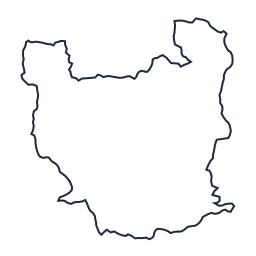 the district of Sorocaba, São Paulo, Brazil, rotated 181°
{"feature_id": "56859067B96974971144138", "entity_name": "Sorocaba", "entity_type": "district", "adm_level": 2, "iso_a3": "BRA", "parent_name": "Brazil", "parent_adm1": "São Paulo", "projection": "robinson", "projection_center": [-47.447, -23.47], "detail": "fine", "context": "isolated", "style": "outline", "palette": "slate", "viewbox_px": 256, "rotation_deg": 181, "n_neighbors": 0, "source": "geoboundaries", "source_scale": "gbopen_adm2", "svg_char_len": 3226}
<svg xmlns="http://www.w3.org/2000/svg" viewBox="0 0 256 256"><g transform="rotate(181 128 128)"><path d="M224.5,120.3L221.5,118.8L220.3,115.2L220.2,110.8L219.0,104.9L217.4,100.6L215.4,97.7L212.0,96.6L209.4,97.3L206.7,97.1L203.8,93.5L200.1,91.3L197.8,89.2L196.3,86.5L195.5,83.1L193.0,81.2L189.9,79.0L186.9,75.7L185.2,73.2L184.0,70.8L182.8,67.6L183.2,64.8L185.2,62.5L188.5,60.4L191.7,58.8L195.1,57.4L196.4,54.0L193.2,54.4L189.9,54.0L186.5,51.7L183.2,51.2L181.2,52.5L178.3,53.1L175.8,53.1L172.5,53.8L169.6,55.3L167.8,52.2L166.2,48.0L164.4,44.7L161.5,42.3L159.4,39.1L159.1,36.1L158.3,33.4L158.1,30.1L157.0,27.6L155.3,23.4L152.8,20.8L150.5,23.2L147.5,25.9L143.5,23.3L139.9,24.3L137.1,22.7L134.7,21.5L131.7,20.6L128.2,20.0L126.2,21.7L122.1,20.0L119.1,17.8L115.4,18.2L112.1,18.1L107.9,18.7L104.8,17.2L102.5,18.2L100.6,20.0L99.9,23.7L98.5,26.3L96.6,27.7L93.7,27.6L89.8,26.9L86.5,25.7L83.5,23.7L80.1,24.9L76.7,25.3L73.5,25.3L70.7,26.7L66.4,30.3L62.6,31.0L58.4,31.7L55.0,34.5L53.1,37.2L51.7,40.3L48.9,41.9L46.4,43.3L43.1,44.6L39.6,43.7L35.6,44.5L32.3,47.1L29.4,48.1L26.7,46.4L23.9,46.0L22.3,48.9L20.5,51.6L22.7,54.3L26.2,54.1L29.2,53.7L31.4,52.6L33.9,51.8L36.3,52.1L40.1,54.4L37.3,54.9L35.0,56.9L35.3,60.7L39.1,61.7L42.4,62.5L40.6,66.3L37.4,69.5L39.7,70.5L42.8,71.7L44.0,76.1L43.5,80.9L44.5,84.3L45.9,86.8L48.9,87.6L47.3,91.9L45.0,96.5L42.5,99.4L42.6,102.3L41.6,107.1L40.6,113.0L39.2,117.8L27.6,119.7L26.0,122.8L25.1,126.9L26.2,131.9L27.8,135.1L29.9,136.8L32.5,140.2L34.8,144.2L33.9,147.6L34.1,151.3L36.3,154.7L36.2,158.2L37.1,162.5L35.7,166.4L35.1,169.8L34.1,174.8L33.0,178.9L33.0,182.7L31.0,187.5L28.9,189.4L26.8,190.9L24.8,194.1L24.6,198.6L25.2,202.6L26.7,205.6L29.6,207.6L31.9,211.8L33.2,215.3L33.2,219.4L31.1,224.1L34.1,226.5L36.8,225.0L40.1,226.1L42.5,227.8L45.1,229.4L47.7,231.7L49.6,235.2L52.1,236.6L54.5,237.5L58.5,238.0L61.8,238.8L63.7,236.8L65.5,234.6L68.8,234.6L71.1,235.4L74.3,236.1L78.1,236.4L80.7,236.1L83.4,235.7L82.7,230.7L83.0,227.6L83.2,223.9L83.9,220.8L83.4,216.4L82.5,212.4L79.3,210.7L76.5,209.5L75.8,206.7L75.8,203.3L74.2,200.7L71.1,199.6L68.8,196.9L66.3,195.3L70.0,193.2L73.0,192.1L76.3,190.3L78.7,193.2L82.6,193.5L86.0,193.7L87.8,195.6L90.4,198.6L94.6,201.5L97.7,200.1L99.8,198.6L102.3,198.3L104.5,197.0L104.7,193.8L105.6,190.5L107.8,186.6L110.2,184.3L115.1,185.4L117.6,184.6L119.5,182.4L120.6,179.2L122.5,177.2L124.6,178.5L127.5,179.9L131.1,179.3L133.5,178.4L137.3,178.0L142.3,178.7L145.7,179.3L149.4,179.6L153.6,178.4L156.1,180.0L159.2,180.8L161.5,178.0L164.7,177.6L170.5,177.0L174.6,176.7L178.4,174.5L181.0,177.1L184.8,177.6L186.1,180.7L186.5,183.4L188.0,185.3L186.2,188.2L185.0,191.4L187.9,192.7L188.5,195.6L187.7,199.2L191.4,202.4L190.6,206.2L192.3,210.1L192.5,213.7L196.7,213.9L198.8,213.0L202.1,212.1L204.0,209.3L206.9,210.4L210.1,210.5L214.8,211.7L219.1,212.4L221.5,212.7L224.3,212.1L227.0,212.1L229.1,213.6L231.5,212.0L231.7,209.3L232.8,206.4L234.2,203.6L234.3,198.9L233.5,195.1L234.4,190.6L233.2,185.6L232.3,181.6L235.5,179.0L234.4,175.3L231.1,172.0L228.3,169.5L224.0,169.9L220.0,168.4L219.3,163.4L218.4,159.8L218.6,156.8L219.5,152.7L218.9,148.5L219.4,145.6L222.4,143.0L223.3,138.6L222.3,135.8L223.1,132.3L222.3,128.2L222.8,124.5L224.5,120.3Z" fill="none" stroke="#1e293b" stroke-width="2"/></g></svg>